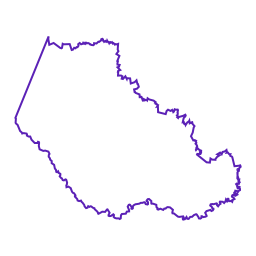 the district of Xhariep, Free State, South Africa
{"feature_id": "47623444B92402502391318", "entity_name": "Xhariep", "entity_type": "district", "adm_level": 2, "iso_a3": "ZAF", "parent_name": "South Africa", "parent_adm1": "Free State", "projection": "equal_earth", "projection_center": [25.946, -29.761], "detail": "fine", "context": "isolated", "style": "outline", "palette": "violet", "viewbox_px": 256, "rotation_deg": 0, "n_neighbors": 0, "source": "geoboundaries", "source_scale": "gbopen_adm2", "svg_char_len": 5894}
<svg xmlns="http://www.w3.org/2000/svg" viewBox="0 0 256 256"><path d="M48.6,36.4L15.4,117.9L15.9,118.5L15.6,122.8L16.0,123.5L17.6,124.9L20.1,131.0L21.9,132.6L22.2,133.5L23.7,133.1L26.6,133.6L27.0,134.4L26.9,135.6L28.5,136.5L30.2,136.5L31.5,139.7L34.7,143.0L37.5,143.0L38.0,141.8L38.9,142.1L39.1,142.8L38.8,146.0L39.6,149.3L43.3,150.9L45.2,150.6L48.4,151.6L49.5,153.9L48.8,155.0L48.7,156.7L49.9,158.3L50.2,159.7L51.7,161.0L51.7,163.2L54.1,164.8L54.9,168.6L55.9,169.7L56.3,171.9L57.1,172.2L58.1,171.3L58.8,173.0L60.3,173.8L60.4,175.0L59.7,176.3L61.0,177.9L61.9,178.4L62.7,180.1L63.9,180.4L65.4,179.4L66.2,179.7L67.1,182.6L66.8,184.6L66.3,185.4L66.5,187.2L68.4,186.6L70.7,188.1L72.0,191.7L72.9,192.8L74.0,193.2L75.3,195.0L75.5,195.7L74.9,196.0L74.9,196.6L77.2,199.0L77.6,200.5L79.1,201.1L81.0,200.6L81.6,201.9L82.4,202.5L84.2,204.9L84.6,206.4L86.1,208.1L87.5,207.7L88.2,206.2L89.4,206.9L90.4,206.3L91.2,206.4L93.0,207.8L94.4,208.2L94.6,209.1L97.0,211.3L98.0,212.6L98.1,213.6L98.5,213.8L102.3,211.7L105.1,211.9L107.0,209.5L107.5,209.4L109.6,212.8L108.5,215.1L108.6,215.8L109.5,216.1L110.8,216.0L113.3,214.3L114.0,215.0L113.6,216.8L114.6,217.8L116.3,218.4L118.7,218.4L119.7,219.0L120.7,218.4L121.0,215.2L121.9,214.0L125.8,213.7L126.8,211.6L129.1,211.4L129.1,210.1L127.7,206.7L128.7,204.9L129.4,204.6L130.0,204.8L131.5,206.9L131.7,207.6L131.4,208.6L132.0,208.9L132.8,208.4L132.9,206.2L133.8,205.2L135.4,204.3L139.2,203.7L140.9,202.8L142.2,202.9L144.2,202.2L145.0,202.7L145.7,204.1L147.5,204.5L148.0,204.1L148.0,202.3L147.6,201.6L146.7,201.3L146.6,200.6L147.7,199.2L149.0,199.0L151.3,201.0L151.3,203.3L151.5,203.7L153.1,203.7L156.3,204.8L156.5,207.1L157.6,208.2L157.3,209.0L157.6,209.4L158.4,209.6L160.3,208.7L163.2,209.9L164.3,208.6L165.6,208.6L166.5,207.6L167.7,207.1L170.0,207.4L172.9,209.8L172.3,212.5L172.5,213.3L174.0,213.5L177.9,216.6L179.2,216.9L183.2,216.4L183.7,217.5L182.8,218.5L182.9,219.3L183.2,219.6L184.9,219.2L186.5,217.0L187.3,218.8L188.6,218.9L190.2,216.9L192.1,216.8L193.9,215.1L196.1,214.2L196.7,214.5L198.5,217.2L198.9,218.4L200.3,218.6L201.3,218.0L201.5,216.2L202.0,216.2L203.2,217.1L205.5,216.7L206.6,216.1L206.6,215.6L205.2,212.8L206.5,211.1L210.4,209.9L211.4,211.0L212.8,210.4L213.5,209.2L213.4,208.6L212.3,208.3L211.7,206.6L210.5,205.9L210.2,205.4L210.7,204.3L212.3,204.0L213.5,204.2L216.6,203.4L216.9,203.6L216.8,204.4L217.1,205.3L218.1,206.3L219.3,204.6L220.5,203.8L219.7,202.1L220.0,201.6L222.8,201.8L224.1,203.0L225.5,201.3L226.0,199.3L226.5,199.9L226.5,201.4L227.2,201.5L227.5,199.1L228.0,198.7L228.4,198.8L228.8,200.9L229.9,201.2L231.2,200.9L232.2,201.8L232.5,200.8L232.3,200.1L234.5,199.0L233.5,197.6L232.1,196.9L231.9,196.2L232.5,195.1L233.2,194.9L235.3,195.8L237.5,194.5L236.9,193.3L235.4,193.9L234.2,193.1L234.2,192.6L235.0,192.0L235.3,190.7L237.3,191.1L238.1,191.7L238.5,191.0L240.0,190.1L240.0,188.9L239.5,187.9L239.6,187.0L238.6,186.8L238.2,188.3L237.7,188.3L237.1,186.4L237.3,184.8L236.4,184.6L236.1,184.1L237.1,183.4L238.2,183.7L238.7,183.0L239.0,183.4L239.2,182.9L238.8,182.0L239.5,182.0L239.3,181.4L238.6,181.5L238.4,181.1L239.0,180.4L238.7,180.0L239.1,179.4L238.6,179.3L238.4,178.5L237.9,179.2L237.4,178.5L237.7,177.8L237.3,177.1L237.7,176.0L237.4,174.9L237.7,173.9L237.3,173.0L238.0,171.6L237.6,170.4L238.9,170.6L238.9,169.6L238.5,169.1L239.1,169.1L239.3,168.0L240.6,166.9L240.6,166.6L240.2,166.3L240.4,165.8L240.1,165.3L239.2,165.7L234.5,166.2L232.3,157.2L231.9,156.6L230.3,155.9L230.1,154.9L230.4,154.2L229.2,154.2L227.8,152.5L226.7,152.7L227.0,152.2L226.5,150.0L224.7,151.5L222.6,151.9L221.7,154.2L220.1,152.6L217.3,154.3L219.5,155.3L217.1,156.9L215.4,159.1L215.4,159.8L212.2,159.6L210.5,158.5L209.9,162.6L206.6,162.3L197.0,154.6L197.3,153.9L200.4,154.0L201.1,152.7L201.1,152.0L200.0,152.3L199.9,151.9L200.7,151.3L201.0,150.6L199.3,149.9L197.6,148.2L196.0,150.1L195.9,149.9L196.2,149.3L196.4,147.6L197.2,146.3L196.8,145.2L195.6,143.8L196.2,143.3L196.3,142.4L195.5,141.5L196.0,140.8L194.7,140.1L193.3,140.4L191.0,136.2L192.7,132.6L193.7,127.5L194.5,126.1L192.6,124.0L192.2,122.2L191.4,122.4L191.4,123.0L190.7,122.8L189.7,123.3L189.3,120.7L189.0,121.3L187.3,122.4L185.7,124.9L185.5,123.8L184.5,124.1L184.0,123.6L183.9,122.3L182.7,122.4L183.7,118.0L185.3,116.4L185.7,115.4L185.3,114.7L183.2,115.8L178.5,117.1L178.1,118.0L177.2,117.2L177.9,116.5L177.0,115.4L177.6,115.1L177.8,113.0L177.5,112.6L178.0,110.2L177.7,109.6L175.7,109.7L174.7,109.3L173.9,111.6L173.3,112.1L172.8,110.6L172.1,110.6L172.0,110.0L170.5,110.9L168.0,109.7L166.6,111.0L165.7,114.1L158.1,112.2L157.9,106.4L157.1,106.6L158.0,105.1L155.9,103.9L156.2,103.5L155.0,102.8L155.5,102.0L153.6,100.6L149.1,99.4L147.6,98.3L147.1,100.4L146.7,100.0L145.0,100.2L145.0,99.7L143.8,99.1L144.0,100.5L142.8,100.6L141.5,96.9L140.1,96.4L140.1,97.2L139.7,97.2L139.5,94.4L135.6,92.9L135.0,91.8L134.6,91.9L134.1,89.4L137.0,88.7L138.8,86.8L137.9,84.0L137.4,83.9L136.5,80.3L134.6,82.2L130.8,83.5L130.1,78.4L127.0,78.2L126.8,79.0L125.4,76.3L122.9,79.0L121.7,78.7L122.4,76.3L121.0,75.5L118.0,75.6L118.2,72.0L117.9,71.9L118.2,70.8L120.2,70.0L117.5,67.3L119.0,66.6L119.6,64.9L117.5,64.6L117.4,63.4L117.9,61.3L117.3,61.0L119.4,55.9L116.4,54.0L118.4,51.2L117.7,49.5L118.1,43.9L116.7,44.4L115.8,44.1L115.3,44.4L115.3,44.1L114.6,44.1L113.5,43.1L112.9,43.6L112.2,42.5L112.0,42.8L111.2,42.3L110.6,42.7L110.2,42.1L109.7,42.3L109.2,43.2L108.6,41.9L107.6,41.6L107.1,40.6L106.7,41.8L105.5,41.0L105.1,41.6L104.6,41.4L104.1,41.8L103.6,40.8L103.1,40.7L103.0,39.4L102.3,38.8L101.3,39.2L101.0,40.5L99.1,41.9L98.4,41.7L96.5,43.5L94.1,43.2L94.0,44.6L93.3,45.2L91.1,44.9L90.5,44.2L89.8,44.3L89.2,43.5L88.0,43.0L86.9,43.4L86.2,42.8L85.4,43.7L84.9,42.9L84.1,43.7L83.2,42.8L82.7,43.8L81.1,44.3L79.7,43.0L78.2,44.2L78.5,45.7L77.5,47.2L76.6,47.1L75.5,48.3L74.2,47.8L72.9,49.7L71.7,50.0L69.7,44.1L63.7,44.3L62.7,43.8L62.0,47.9L61.4,48.3L60.2,47.9L53.6,43.0L49.3,44.8L48.3,39.0L48.6,36.4Z" fill="none" stroke="#5b21b6" stroke-width="2"/></svg>